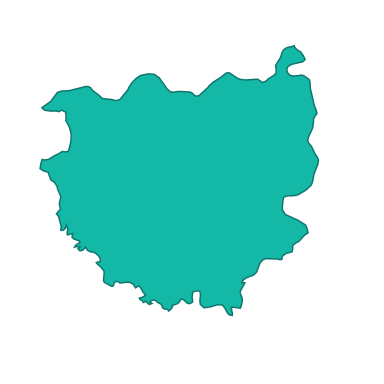 map outline of Komoé (Albers equal-area conic projection), rotated 346°
{"feature_id": "BFA-2836", "entity_name": "Komoé", "entity_type": "Province", "adm_level": 1, "iso_a3": "BFA", "parent_name": "Burkina Faso", "parent_adm1": "", "projection": "albers", "projection_center": [-4.486, 10.237], "detail": "fine", "context": "isolated", "style": "filled", "palette": "teal", "viewbox_px": 384, "rotation_deg": 346, "n_neighbors": 0, "source": "natural_earth", "source_scale": "10m", "svg_char_len": 3690}
<svg xmlns="http://www.w3.org/2000/svg" viewBox="0 0 384 384"><g transform="rotate(346 192 192)"><path d="M58.0,197.8L55.7,197.6L55.5,196.7L56.2,195.5L56.7,194.5L56.7,183.6L55.3,180.6L55.2,180.5L60.3,176.6L60.2,172.7L61.1,169.5L63.0,166.4L63.5,163.9L62.3,157.0L62.4,153.7L61.1,149.8L58.0,146.1L57.1,137.9L53.1,135.7L50.2,132.6L52.1,128.2L54.4,124.1L56.4,125.2L60.7,125.7L66.6,123.7L72.2,122.5L75.9,121.3L79.1,122.5L81.5,122.8L83.8,119.4L86.8,113.4L88.0,109.8L88.9,105.9L88.6,98.7L86.9,92.4L88.2,88.1L88.7,83.8L85.4,81.1L82.3,81.8L79.3,80.4L74.2,79.2L68.8,77.0L66.7,73.9L76.9,69.9L85.6,62.8L89.4,62.5L98.0,64.0L114.7,63.9L117.3,64.9L118.8,66.3L119.9,69.1L125.3,75.9L127.4,79.3L130.9,80.9L136.2,82.7L140.6,85.1L144.4,84.8L154.6,77.2L156.1,75.2L159.7,71.8L165.1,68.4L170.1,66.5L174.8,66.6L179.0,67.0L183.8,68.7L187.9,73.3L192.8,86.0L195.1,89.4L198.0,90.7L203.1,91.1L214.5,94.6L216.2,96.1L217.5,98.4L219.3,100.2L222.4,100.1L232.9,94.3L234.7,92.8L239.6,90.4L247.8,87.7L253.4,85.1L255.7,84.8L257.5,85.8L262.0,90.9L264.5,93.3L267.2,94.9L271.6,96.4L282.9,98.4L286.9,102.7L290.5,102.4L293.3,100.7L299.8,98.6L302.5,96.7L303.3,93.3L303.7,89.5L310.5,82.8L312.7,79.1L315.1,76.3L318.4,75.0L326.7,74.9L326.6,76.5L328.4,79.5L331.4,82.5L333.1,86.8L333.8,90.8L331.1,92.4L320.1,92.2L316.1,93.1L314.4,94.6L313.6,96.4L313.4,98.6L314.3,101.1L316.5,103.3L319.6,104.3L327.1,105.2L329.3,106.9L332.8,111.1L333.1,112.6L332.8,115.9L332.2,117.8L331.9,120.0L331.6,137.3L332.3,142.8L332.2,146.1L331.4,146.9L329.7,148.1L327.7,150.4L326.4,154.7L324.3,159.4L318.7,166.4L317.8,168.0L316.8,169.3L316.9,172.6L318.5,175.5L319.3,178.2L320.6,184.9L322.0,188.4L322.4,191.8L321.0,195.2L314.9,203.9L311.3,211.5L309.2,214.3L302.9,217.7L294.5,220.3L289.9,220.2L284.1,218.9L279.8,219.1L278.2,222.2L276.0,228.5L275.4,231.3L277.2,236.5L288.5,245.5L294.3,251.7L294.8,255.5L294.8,258.7L294.7,259.8L291.1,260.9L283.8,265.7L279.6,266.8L276.7,268.3L275.9,271.6L274.6,274.3L268.4,274.4L266.8,275.0L263.8,276.4L263.6,277.0L263.5,278.0L263.1,278.9L261.9,279.2L260.8,278.9L258.7,277.7L247.6,274.5L244.3,274.9L240.7,277.5L235.2,285.5L231.6,287.5L224.2,288.4L220.8,289.6L218.2,292.0L219.1,292.2L221.4,292.9L215.5,299.2L214.4,301.0L214.4,302.7L215.0,307.4L214.5,309.9L211.9,314.9L210.7,316.4L205.4,314.2L202.4,313.4L201.8,316.5L201.8,319.7L201.2,321.5L198.5,320.3L197.2,318.1L195.5,311.6L193.7,308.7L189.0,307.6L182.0,307.9L175.7,307.3L172.9,303.2L173.3,299.5L175.2,294.4L175.7,291.0L175.2,290.0L174.0,289.4L172.5,289.1L169.0,289.1L168.4,289.5L168.2,290.3L167.6,291.6L166.6,294.3L166.5,297.0L165.8,299.0L163.0,299.8L160.7,299.0L157.9,294.8L155.7,293.0L153.2,295.6L150.8,296.8L148.4,297.1L145.6,297.1L145.8,297.6L145.1,298.8L143.8,300.1L142.2,301.2L140.6,301.9L140.5,301.7L140.5,301.0L139.5,299.8L136.9,298.7L135.9,297.9L135.4,296.4L135.2,294.3L134.4,293.0L132.2,291.0L131.1,289.6L130.4,288.5L129.5,287.8L127.4,287.5L125.5,287.8L124.8,288.4L125.1,289.3L126.2,290.4L123.3,290.9L120.7,286.8L118.1,287.5L117.5,285.9L117.2,285.1L115.4,283.6L115.4,282.1L117.3,282.2L119.0,282.0L122.1,280.9L120.3,277.6L119.3,273.1L117.7,270.1L114.0,271.3L112.7,267.2L109.9,264.7L106.1,263.5L101.5,263.2L99.9,262.7L99.2,261.8L98.3,260.9L96.1,260.4L94.6,261.3L93.6,263.1L92.4,264.4L90.8,263.8L85.0,258.4L84.8,256.2L87.6,248.1L87.2,246.8L85.1,242.2L82.9,239.3L82.1,237.3L86.2,237.2L86.9,234.5L85.6,230.9L83.4,227.8L81.1,226.3L78.5,225.1L76.4,223.2L75.4,219.6L73.5,221.2L71.2,222.2L69.0,221.9L67.5,219.6L70.1,218.3L68.8,217.9L67.7,217.4L66.4,217.0L64.8,217.0L66.6,215.3L71.1,213.8L70.8,212.2L65.9,208.9L64.7,206.9L66.0,203.3L60.8,203.5L60.9,201.4L62.6,197.8L62.1,193.7L61.5,195.0L60.6,196.3L59.4,197.3L58.0,197.8Z" fill="#14b8a6" stroke="#0f766e" stroke-width="1.5"/></g></svg>